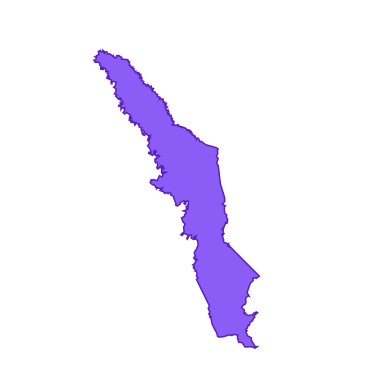 the district of El Retorno, Guaviare, Colombia, rotated 243°
{"feature_id": "7082276B7236070172680", "entity_name": "El Retorno", "entity_type": "district", "adm_level": 2, "iso_a3": "COL", "parent_name": "Colombia", "parent_adm1": "Guaviare", "projection": "albers", "projection_center": [-71.499, 2.05], "detail": "fine", "context": "isolated", "style": "filled", "palette": "violet", "viewbox_px": 384, "rotation_deg": 243, "n_neighbors": 0, "source": "geoboundaries", "source_scale": "gbopen_adm2", "svg_char_len": 6106}
<svg xmlns="http://www.w3.org/2000/svg" viewBox="0 0 384 384"><g transform="rotate(243 192 192)"><path d="M218.4,234.8L220.4,233.8L227.8,225.8L233.0,223.2L233.3,221.9L237.0,222.1L237.7,220.8L236.9,219.8L238.2,220.2L239.6,219.3L240.1,220.2L240.8,219.4L241.9,219.5L242.7,218.1L244.6,218.8L245.1,217.6L245.9,218.4L246.0,217.5L246.8,217.3L247.4,218.3L248.9,217.2L248.5,216.1L249.4,216.4L250.3,215.2L251.3,215.5L253.9,213.4L253.6,212.7L254.7,211.7L255.0,212.1L256.2,210.7L258.3,210.1L257.6,209.3L258.3,209.3L259.7,206.5L259.2,205.7L260.3,206.4L260.9,205.1L262.4,207.8L263.0,206.9L263.9,207.5L264.5,206.5L266.1,207.6L265.9,206.7L269.6,208.2L270.2,206.8L272.0,207.4L271.9,206.3L272.8,206.5L273.1,205.7L274.2,206.7L274.1,207.7L276.1,207.9L275.9,206.4L277.2,206.1L278.6,206.7L278.7,207.6L279.1,206.7L281.0,207.3L280.4,208.1L281.5,207.8L282.0,209.0L282.9,207.8L283.1,208.6L283.4,207.9L284.5,208.5L285.1,207.2L288.1,208.4L288.3,206.7L290.3,206.5L289.8,205.4L291.1,206.3L293.2,204.4L294.5,205.6L296.4,204.2L297.8,204.5L299.9,202.4L300.7,203.5L300.7,202.7L301.8,202.4L302.1,204.2L303.1,203.2L304.9,203.6L304.6,202.8L305.6,202.1L305.0,201.7L307.3,201.7L307.1,200.7L308.0,200.7L307.2,199.5L309.8,199.1L310.7,197.6L312.2,199.1L314.7,197.7L316.1,199.2L317.2,198.8L316.9,197.1L318.1,197.2L318.5,199.2L319.6,198.7L320.0,199.4L320.4,198.4L321.2,198.8L321.3,197.5L322.4,198.3L322.4,197.6L323.2,197.8L323.8,196.1L325.0,196.8L325.1,196.0L328.5,195.4L328.4,195.9L329.7,194.9L330.1,196.0L331.3,194.2L332.6,194.8L333.6,193.7L336.3,195.4L336.6,194.4L337.6,194.7L337.6,194.1L338.0,194.9L339.1,194.8L342.4,189.5L343.7,190.5L347.1,188.5L346.7,187.8L347.7,186.9L346.0,185.2L347.2,184.0L349.0,183.8L348.1,182.9L349.1,183.2L352.8,181.2L353.1,179.4L355.6,179.7L356.3,177.9L355.3,177.1L356.3,176.6L357.2,177.6L358.6,177.0L357.8,176.8L357.9,175.9L358.6,174.2L359.7,174.6L359.8,172.4L356.7,171.3L356.8,168.7L355.8,168.6L356.3,167.0L355.2,167.7L353.3,166.2L354.0,164.5L351.5,164.6L349.8,168.0L347.8,168.1L347.2,167.4L345.5,168.0L342.9,166.4L342.2,167.5L343.9,168.0L343.4,169.4L342.7,169.6L341.4,167.8L341.8,170.6L339.8,170.9L337.9,169.2L338.8,170.6L337.5,171.8L336.4,170.4L335.3,171.3L334.1,169.8L333.4,170.6L331.6,170.3L331.4,169.5L333.0,168.7L332.0,167.8L328.7,170.9L325.1,169.2L324.8,169.8L326.0,170.5L326.5,171.9L324.1,174.2L321.1,171.4L321.0,169.8L318.3,171.2L316.1,169.8L314.6,167.5L313.6,169.0L312.4,168.9L312.2,167.5L308.0,168.7L307.3,169.6L308.4,170.3L307.3,171.4L306.3,170.3L303.7,171.4L301.7,170.1L301.8,168.7L303.9,169.5L304.6,168.9L302.5,167.9L301.9,166.9L302.4,166.1L301.6,165.7L301.3,167.1L300.4,167.5L297.8,166.3L298.8,167.8L297.6,170.4L296.8,169.2L295.3,169.4L294.0,166.6L292.0,167.5L292.5,169.9L288.3,171.9L285.0,171.5L284.7,170.6L286.5,171.5L287.3,170.5L284.3,168.6L283.2,169.9L282.0,169.3L281.1,170.3L282.2,171.2L280.6,171.5L279.6,173.6L278.9,173.2L278.9,171.8L277.5,171.5L278.5,173.5L276.5,175.8L275.8,174.7L273.8,174.6L271.9,176.3L271.0,175.1L268.9,174.7L269.2,176.5L266.7,177.0L266.3,175.8L267.4,174.4L266.2,174.1L264.1,175.0L264.6,177.9L261.6,178.6L261.4,180.7L259.9,179.8L260.2,178.6L259.2,176.6L258.6,176.7L258.5,178.4L257.8,177.5L258.1,176.1L255.0,176.6L253.4,173.5L248.9,174.2L245.7,173.3L247.0,171.8L246.3,170.9L242.5,173.5L243.7,175.4L246.1,176.8L244.9,178.6L244.1,178.5L244.1,177.5L242.2,175.7L240.0,176.6L240.3,178.6L238.6,179.4L238.1,173.3L237.6,175.0L236.4,172.9L234.6,172.8L234.3,174.1L232.1,174.1L229.9,171.9L228.6,171.6L228.0,172.3L228.8,172.6L228.8,173.7L228.1,174.2L229.6,175.8L228.5,177.9L225.6,177.7L225.6,176.2L226.9,177.4L228.0,176.2L222.8,173.5L222.0,173.9L223.3,175.0L221.3,177.9L221.4,174.7L219.0,172.3L221.3,170.3L217.9,166.2L220.7,163.2L220.4,161.6L221.4,161.2L219.4,159.0L216.3,160.1L215.2,162.0L212.6,161.7L212.1,162.8L211.1,162.1L211.4,163.1L209.9,164.7L209.1,167.5L208.1,164.6L207.7,165.8L206.8,165.0L205.6,166.5L203.0,167.1L203.3,168.8L201.3,169.9L201.9,171.7L200.5,172.5L199.3,171.6L196.6,173.3L188.5,172.3L187.8,171.5L186.2,172.5L186.6,176.0L187.9,176.9L187.9,180.3L186.8,181.6L185.6,179.6L184.2,180.1L184.2,181.1L186.6,182.3L185.6,184.4L182.6,183.2L182.3,181.8L181.3,182.1L181.3,180.6L180.4,181.7L178.5,180.5L178.7,179.8L180.0,179.7L178.6,179.0L179.1,175.7L177.1,177.5L175.8,177.0L175.1,174.9L173.8,174.5L173.7,170.9L169.3,170.4L166.6,171.3L164.5,168.5L160.2,167.0L159.0,162.6L157.8,163.4L158.8,166.2L155.7,168.8L154.4,168.3L153.0,166.2L152.1,166.3L154.8,170.5L153.9,171.9L151.1,170.4L149.2,171.8L150.9,173.3L150.9,175.6L148.8,172.9L148.4,174.1L146.1,174.9L142.1,173.5L138.5,169.3L137.7,167.2L136.2,166.2L133.5,166.0L132.6,163.6L129.4,164.3L130.7,165.3L129.3,165.9L128.2,163.1L127.1,162.4L126.8,159.8L126.1,160.4L125.0,159.6L124.5,160.1L123.9,158.9L120.3,159.8L120.2,159.0L119.6,159.7L117.2,159.6L115.0,157.7L112.5,158.3L112.1,156.3L82.5,155.8L81.0,153.6L77.0,153.4L75.6,151.5L74.3,152.1L72.6,151.0L72.1,152.4L71.3,151.6L64.7,149.9L54.5,150.0L52.1,149.2L50.6,150.0L48.9,154.0L47.6,160.8L46.1,162.2L46.1,164.4L43.9,167.8L41.4,166.3L37.0,165.4L34.8,168.4L29.8,168.9L27.0,175.0L24.2,177.4L24.6,180.0L25.6,178.1L33.2,177.6L35.1,178.7L38.8,176.1L42.5,176.6L43.5,178.1L44.3,177.3L45.3,177.5L45.6,179.5L47.6,181.2L47.1,182.5L49.5,184.6L49.7,187.4L52.1,190.3L51.8,190.9L53.9,191.8L54.6,195.6L55.9,194.9L55.9,191.4L54.9,190.3L56.5,186.2L58.0,184.9L59.8,184.7L59.3,184.0L60.0,183.0L63.1,185.0L66.8,183.8L67.8,185.9L67.8,188.2L69.2,190.1L71.8,190.8L73.4,192.4L74.0,194.9L73.2,195.6L77.4,195.4L84.2,202.5L85.3,206.3L87.3,207.1L87.4,208.5L85.8,210.0L86.4,213.8L125.8,201.1L126.0,200.2L126.2,201.3L126.5,200.4L127.1,200.9L127.6,199.9L127.7,200.9L128.8,200.1L129.5,201.0L129.6,199.9L131.0,199.4L132.1,197.8L133.9,197.7L135.0,198.5L140.5,199.2L140.8,199.9L139.6,200.3L140.5,201.6L141.0,200.8L143.6,202.4L145.1,201.8L144.9,203.2L146.0,203.3L145.6,203.9L148.7,207.4L148.5,208.3L149.2,208.2L148.7,209.6L150.0,209.5L150.0,210.4L151.5,211.3L153.8,211.2L156.0,212.6L157.4,211.7L160.1,212.1L164.0,214.1L164.5,215.4L167.6,213.5L168.6,216.8L172.2,218.5L186.4,221.0L203.8,227.4L206.2,226.9L210.2,230.6L212.2,229.7L214.7,232.4L217.5,233.6L218.4,234.8Z" fill="#8b5cf6" stroke="#5b21b6" stroke-width="1.5"/></g></svg>